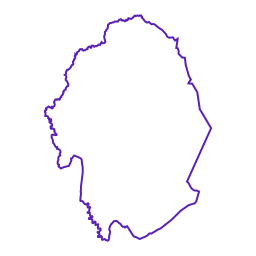 outline of Ixcateopan de Cuauhtémoc, Guerrero, Mexico
{"feature_id": "50627088B27024757468193", "entity_name": "Ixcateopan de Cuauhtémoc", "entity_type": "district", "adm_level": 2, "iso_a3": "MEX", "parent_name": "Mexico", "parent_adm1": "Guerrero", "projection": "natural_earth1", "projection_center": [-99.804, 18.463], "detail": "fine", "context": "isolated", "style": "outline", "palette": "violet", "viewbox_px": 256, "rotation_deg": 0, "n_neighbors": 0, "source": "geoboundaries", "source_scale": "gbopen_adm2", "svg_char_len": 5585}
<svg xmlns="http://www.w3.org/2000/svg" viewBox="0 0 256 256"><path d="M199.0,191.6L196.7,190.5L194.8,190.5L194.0,190.3L191.6,188.5L191.0,187.7L188.3,182.7L187.0,181.6L211.1,128.2L199.8,109.2L197.3,92.3L192.2,83.7L188.5,83.4L189.2,81.8L190.9,79.6L190.2,78.6L188.6,75.2L185.7,64.7L184.9,57.8L182.2,57.5L178.6,53.9L178.6,50.8L177.6,48.2L176.3,48.0L177.5,40.0L177.6,38.8L175.5,40.4L175.0,40.5L172.8,37.3L169.9,37.7L168.4,37.5L167.1,36.5L166.0,34.2L162.2,30.0L158.7,27.8L154.9,24.6L153.4,24.0L151.5,24.2L148.9,22.0L147.1,22.6L145.0,21.4L143.3,19.0L142.2,18.0L142.0,16.9L141.5,16.9L141.2,15.5L139.9,15.4L138.6,15.9L137.4,15.5L135.7,16.1L135.1,15.6L133.6,16.6L133.5,17.1L133.0,17.5L131.3,18.9L130.9,18.9L130.4,18.7L129.6,18.6L128.8,18.2L128.4,18.2L128.1,19.1L128.1,19.5L127.7,20.0L126.8,20.6L126.1,19.8L124.8,21.3L123.6,20.4L122.8,20.3L122.1,20.6L121.7,20.5L121.3,19.4L120.9,19.2L120.3,19.6L119.1,19.7L118.8,20.4L118.2,20.9L118.0,21.4L117.7,21.6L117.1,21.4L116.3,21.6L114.8,21.5L114.4,21.7L113.9,22.2L113.4,22.4L112.6,22.4L110.9,23.1L110.2,23.0L108.9,24.1L108.1,24.5L107.9,25.5L108.1,26.5L107.7,27.3L107.6,28.6L106.3,29.7L106.2,30.7L105.0,31.8L104.8,32.9L105.0,33.3L104.9,34.3L104.8,34.8L104.2,36.1L104.2,36.7L104.5,38.3L104.6,39.2L105.1,40.4L105.3,41.9L104.4,43.0L102.9,43.3L102.0,42.7L101.6,42.1L100.9,42.8L101.0,43.3L100.2,44.4L100.0,44.9L99.4,44.5L98.7,44.5L98.0,45.4L97.5,45.5L97.0,46.0L96.6,46.2L95.6,46.0L94.2,46.8L93.7,46.0L92.9,45.6L91.7,45.7L91.4,46.2L91.4,47.2L91.2,47.7L90.8,47.8L90.2,46.9L89.6,46.5L89.0,46.9L88.6,46.9L87.5,47.9L87.6,48.7L87.5,49.1L86.8,49.1L85.1,50.1L83.7,50.6L83.3,50.6L82.0,49.1L81.4,49.2L81.2,49.5L80.3,49.1L79.9,49.3L79.3,50.1L78.9,51.2L77.1,52.2L77.0,53.7L76.8,54.0L76.2,54.1L76.0,54.3L75.9,54.7L75.4,54.2L75.4,55.2L74.8,55.8L74.7,56.1L75.3,57.5L75.3,57.8L74.7,58.9L74.0,59.3L73.8,60.7L73.0,61.5L73.0,62.7L73.3,63.5L73.2,64.2L72.7,64.9L71.7,65.2L71.3,66.2L70.9,66.6L70.7,67.5L69.9,68.1L69.6,68.7L67.9,69.9L67.4,70.0L67.1,69.8L66.7,70.1L66.5,71.2L66.2,71.8L65.9,72.0L66.0,74.1L64.8,74.9L65.9,75.7L66.4,77.6L65.7,78.9L65.7,79.9L66.8,81.0L67.9,83.1L68.1,83.5L68.1,84.3L68.4,84.9L68.3,85.8L67.8,86.3L67.1,86.3L66.2,87.4L65.7,88.4L65.7,89.6L64.8,90.0L64.6,90.4L63.9,90.6L63.6,90.9L63.4,91.6L63.7,92.2L63.0,93.1L62.9,94.0L62.6,94.8L62.2,95.4L61.7,95.5L61.6,95.9L61.2,96.3L61.2,97.1L60.5,97.4L60.0,98.3L59.8,99.4L59.4,99.7L59.0,99.7L58.2,99.1L56.6,99.8L56.4,99.7L56.0,99.3L55.0,100.0L54.7,100.8L54.0,102.0L54.0,102.5L54.4,102.8L54.7,104.2L54.7,105.1L54.3,106.1L53.0,107.0L52.6,108.2L52.1,108.4L51.6,108.3L51.6,108.1L52.0,107.7L52.1,107.2L51.8,106.8L51.1,107.4L50.6,107.5L50.0,107.4L49.4,107.1L48.9,106.6L48.4,106.5L47.6,107.4L46.2,108.1L46.0,108.7L46.4,109.2L46.5,109.5L46.3,110.0L45.2,110.5L44.9,111.4L44.9,111.9L45.4,112.4L45.5,112.7L45.3,115.9L45.4,116.1L46.8,116.0L47.8,116.4L48.3,117.5L48.2,118.0L49.1,118.4L48.9,119.2L49.1,119.9L49.6,120.1L50.2,119.2L50.8,119.2L51.1,119.3L51.2,121.1L49.5,122.1L50.0,122.7L51.2,123.3L51.8,123.9L51.8,124.4L52.1,125.2L52.1,125.8L51.9,126.1L51.2,126.0L50.7,126.4L50.6,126.8L50.7,128.3L50.8,128.6L51.7,128.8L52.3,128.3L53.8,129.1L54.2,129.2L54.2,129.9L54.6,130.3L54.6,130.8L54.3,131.1L54.4,131.7L55.1,132.9L56.2,133.9L56.5,134.6L56.5,135.0L55.9,135.1L52.4,134.6L51.7,135.1L51.6,137.3L52.6,139.5L52.9,140.6L52.9,141.8L53.3,143.2L53.9,143.6L55.5,146.7L56.1,147.1L57.1,147.0L57.4,147.6L57.0,148.8L58.0,148.9L59.6,149.8L60.2,150.7L60.6,152.2L59.7,153.6L59.7,154.2L59.9,154.7L60.3,155.1L60.2,155.5L59.9,155.8L59.2,156.1L58.6,156.8L58.2,158.8L58.5,159.5L58.4,160.0L57.8,161.1L57.6,162.9L57.9,164.1L59.0,164.6L59.1,165.1L58.5,166.2L58.7,166.5L59.0,166.6L59.3,167.1L59.9,167.5L60.5,168.3L60.8,168.5L63.4,167.3L65.4,166.8L66.8,166.3L68.9,165.9L70.7,162.2L70.9,161.3L71.4,160.1L71.0,158.6L72.3,158.1L72.8,156.9L73.8,156.1L74.2,155.5L79.5,157.7L81.2,158.8L81.7,160.0L82.0,163.7L82.4,165.4L82.7,168.0L82.7,172.7L80.9,187.3L81.0,188.9L80.7,191.6L81.0,194.0L80.5,197.5L80.3,200.6L80.8,201.0L81.4,200.9L82.7,201.3L83.6,202.8L84.7,204.0L86.1,204.5L86.5,204.4L87.2,203.6L88.0,203.3L88.4,203.7L88.6,204.2L88.5,204.6L87.8,205.3L87.6,206.0L87.6,207.1L87.7,207.4L88.0,207.5L89.6,206.9L90.1,207.4L89.8,208.0L89.2,209.9L89.3,211.0L89.2,211.5L88.1,211.9L87.6,212.6L87.7,212.9L88.1,213.0L89.4,212.5L89.7,212.7L90.1,215.8L90.5,216.3L92.0,216.1L92.3,216.4L92.4,216.8L92.3,217.2L91.4,217.7L89.0,218.2L88.9,218.9L89.6,219.1L90.5,218.9L91.4,219.2L92.4,219.9L92.5,221.9L92.3,222.5L92.4,222.9L93.1,223.1L93.5,222.8L93.7,222.4L94.5,221.7L95.2,221.6L95.5,221.9L95.6,222.6L95.4,223.3L95.4,224.8L95.8,225.1L98.0,224.2L98.2,224.4L97.9,225.2L98.0,226.5L97.8,227.7L98.3,228.8L99.4,228.4L100.3,228.4L100.6,229.0L100.7,229.7L100.5,230.4L99.7,231.0L99.3,232.0L98.9,232.1L98.0,231.8L97.7,232.0L97.7,232.5L98.4,233.2L99.1,233.6L99.5,234.2L99.4,235.0L98.0,236.1L97.9,236.6L98.1,237.0L100.0,236.9L101.1,236.1L101.5,236.3L101.8,236.8L102.0,239.6L102.4,239.8L102.7,239.8L104.3,239.1L104.7,239.1L105.0,239.2L105.5,239.8L105.8,240.0L106.4,240.1L107.2,240.6L108.0,240.6L108.6,240.0L108.8,239.4L109.1,238.1L109.2,235.8L109.8,234.1L109.7,233.6L110.1,232.0L110.0,231.3L109.2,229.4L109.6,227.7L110.1,225.9L110.7,225.1L110.9,224.4L111.6,223.9L113.8,221.3L114.4,221.1L115.9,221.0L116.8,221.1L117.4,221.5L118.9,222.9L119.1,223.0L119.4,223.4L120.2,223.7L120.9,224.4L121.8,226.0L122.5,226.7L124.5,226.6L125.0,227.5L127.1,226.2L133.7,236.4L135.8,237.0L139.7,239.0L145.6,236.5L147.9,235.1L148.7,233.9L150.2,233.3L151.4,233.6L158.2,229.4L160.5,228.5L171.8,219.6L180.6,210.8L187.9,205.7L189.1,205.0L194.8,203.3L196.4,201.0L199.0,191.6Z" fill="none" stroke="#5b21b6" stroke-width="2"/></svg>